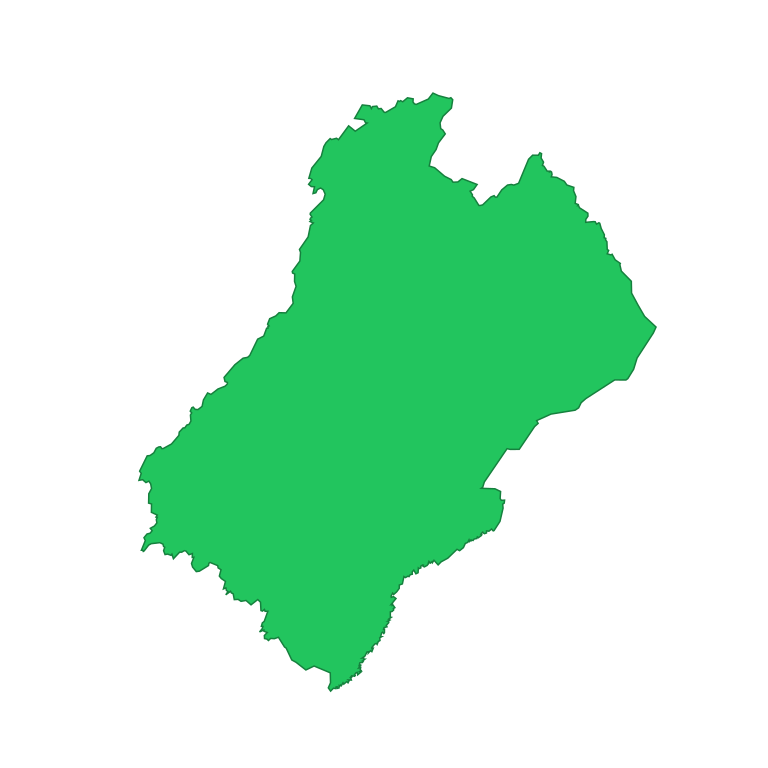 outline of Liezēres pag., Madona, Latvia, rotated 127°
{"feature_id": "27541924B78156453771197", "entity_name": "Liezēres pag.", "entity_type": "district", "adm_level": 2, "iso_a3": "LVA", "parent_name": "Latvia", "parent_adm1": "Madona", "projection": "equal_earth", "projection_center": [26.079, 57.016], "detail": "fine", "context": "isolated", "style": "filled", "palette": "green", "viewbox_px": 768, "rotation_deg": 127, "n_neighbors": 0, "source": "geoboundaries", "source_scale": "gbopen_adm2", "svg_char_len": 6171}
<svg xmlns="http://www.w3.org/2000/svg" viewBox="0 0 768 768"><g transform="rotate(127 384 384)"><path d="M115.1,502.9L116.8,503.9L120.9,514.0L122.2,520.0L129.8,520.1L141.3,526.5L142.0,528.3L141.3,530.6L138.7,532.3L141.3,537.5L147.3,538.9L147.7,541.3L149.0,541.7L149.4,543.2L155.7,541.7L166.1,546.1L166.9,547.3L165.7,552.1L167.6,554.1L166.4,557.0L169.4,560.2L171.6,559.8L170.3,562.7L174.2,569.3L189.6,567.3L185.0,559.0L186.4,556.1L185.7,554.5L199.4,559.1L199.1,567.6L216.3,567.4L216.3,569.8L220.3,573.0L220.4,574.7L226.1,575.5L230.5,575.0L240.0,571.1L255.0,571.6L265.0,567.8L264.0,566.3L264.1,564.4L269.9,564.4L270.1,560.9L268.3,558.2L274.6,555.3L272.3,553.5L268.8,554.2L265.6,552.6L265.4,549.4L267.8,545.2L273.3,543.1L291.8,545.7L292.9,545.1L294.0,542.0L295.8,542.5L297.1,542.1L297.0,540.5L298.8,540.9L297.9,537.4L301.7,538.1L312.2,533.1L327.4,532.5L329.1,529.9L336.4,525.2L349.3,525.0L350.4,523.8L349.9,521.5L355.9,517.2L358.9,513.0L369.6,509.6L374.2,505.1L386.2,505.1L390.2,510.7L394.8,511.4L400.6,514.6L406.3,513.0L406.8,510.8L407.8,511.4L409.2,510.3L410.1,511.3L418.1,508.9L424.2,511.9L442.0,508.4L444.8,509.0L448.2,512.1L458.3,514.7L475.0,515.7L477.7,512.5L477.0,510.0L478.3,509.1L481.4,509.6L487.9,513.6L496.4,515.9L497.3,519.5L505.4,518.6L511.4,515.8L516.4,517.2L517.9,519.5L517.3,522.5L518.6,523.2L522.3,522.4L522.8,520.2L525.3,519.9L529.8,515.9L533.5,515.4L535.5,516.8L538.9,516.7L540.0,518.0L545.6,518.6L548.5,516.9L559.8,517.6L568.4,521.5L569.3,522.5L568.6,524.7L569.8,526.0L572.4,527.2L577.4,526.4L581.9,527.8L583.9,529.9L600.7,526.7L601.5,524.1L608.4,521.7L605.7,519.2L606.0,514.8L603.1,513.3L604.2,510.2L607.4,506.7L613.2,505.8L620.8,500.3L619.7,497.5L626.5,492.5L625.1,486.2L627.5,486.0L626.9,484.8L629.4,484.2L631.6,481.8L635.6,481.9L639.9,483.8L640.7,480.9L643.9,481.0L646.4,483.0L651.2,483.2L652.7,480.4L662.8,477.7L662.0,476.6L662.6,475.5L661.6,475.1L654.3,475.0L651.6,473.8L645.6,467.5L644.9,464.1L646.4,462.3L646.3,460.9L649.8,459.7L652.0,456.2L650.1,454.5L649.0,451.0L647.5,451.0L650.3,447.0L641.3,446.0L640.0,444.3L637.3,443.2L636.6,441.7L637.7,437.0L634.7,435.0L637.9,432.8L636.8,431.6L643.2,429.7L645.4,426.7L646.8,421.0L644.6,418.8L634.6,414.9L632.6,416.0L631.2,415.5L629.1,407.5L630.7,405.8L630.4,402.4L636.5,399.9L637.3,396.9L637.1,391.8L644.3,388.9L642.0,387.6L643.7,385.6L643.6,383.7L647.6,383.5L641.9,381.8L642.7,380.2L642.3,378.2L646.3,373.8L643.8,370.9L643.6,367.4L639.9,363.9L640.4,357.3L632.1,355.1L632.6,351.3L639.0,345.9L638.5,344.4L636.0,343.8L637.1,342.2L635.4,340.0L645.7,336.8L648.0,337.4L651.3,336.1L650.5,334.8L652.8,334.0L656.9,334.2L652.8,331.9L653.7,331.1L652.7,327.7L656.9,328.2L659.2,326.2L658.2,324.1L658.4,321.9L655.4,321.4L653.4,318.3L649.8,315.9L653.9,305.2L653.8,303.2L659.9,291.6L659.2,286.9L659.4,274.3L651.3,270.1L647.0,253.1L654.8,246.9L660.2,245.6L661.4,241.8L657.4,241.3L656.4,239.4L654.7,240.0L654.0,239.2L655.3,238.2L653.8,237.0L651.8,238.3L651.8,237.5L650.6,237.6L650.7,236.5L647.3,236.9L647.9,235.5L644.0,234.6L644.3,232.9L641.9,233.3L641.8,234.4L640.1,231.9L639.0,233.4L637.6,233.4L638.3,234.2L636.4,234.2L635.1,231.6L634.1,231.5L633.9,232.6L631.3,232.5L630.4,231.8L632.1,230.0L627.6,229.0L628.3,230.4L626.6,229.8L626.4,231.1L624.5,232.0L626.1,233.3L623.2,233.3L624.7,234.6L622.6,233.8L622.6,235.0L621.1,235.5L619.4,233.6L617.9,233.7L618.1,234.5L615.3,233.7L616.0,234.7L615.0,235.4L616.0,236.5L612.8,235.5L608.2,236.3L607.1,235.2L608.2,234.6L605.2,234.3L605.1,232.6L601.5,233.6L602.6,234.5L601.9,235.1L597.2,234.9L595.7,233.8L596.1,232.8L593.1,233.6L591.3,232.8L589.3,234.7L587.2,233.8L587.8,234.7L584.0,236.1L583.0,235.8L583.4,234.0L582.3,234.0L579.6,236.0L580.3,236.7L578.5,237.4L576.1,235.5L575.4,236.9L571.7,236.6L570.7,237.5L571.1,238.2L568.9,237.2L569.1,238.8L566.0,237.8L566.4,238.6L562.2,241.8L560.7,240.6L558.6,240.3L557.7,241.4L556.1,240.7L555.1,243.7L555.9,244.2L554.8,244.8L555.8,245.6L548.1,245.3L548.1,248.5L550.0,249.8L549.1,250.7L545.8,251.2L546.3,249.6L542.4,248.8L538.1,248.8L535.3,250.8L532.6,249.0L525.8,252.2L525.7,250.4L523.0,249.2L522.8,248.1L520.5,248.3L518.9,246.9L517.1,248.4L514.7,248.2L516.4,244.3L514.2,243.2L510.3,245.8L510.4,244.9L508.7,243.9L507.4,245.0L505.3,244.3L504.9,243.5L506.1,243.0L505.8,241.7L503.0,240.4L499.8,240.3L500.1,240.9L498.6,241.4L499.0,239.1L497.0,238.8L497.6,237.8L494.7,238.0L495.9,231.9L491.5,231.3L484.7,228.2L472.1,226.2L471.6,223.3L466.9,222.1L462.4,223.1L460.1,221.8L457.4,222.3L458.3,221.1L456.8,221.1L457.0,220.1L455.9,220.1L455.4,218.7L453.5,218.7L451.6,216.9L450.0,217.4L450.1,216.2L446.3,215.0L445.4,215.3L445.7,216.2L442.3,216.1L443.2,215.7L443.1,213.7L441.3,212.5L439.6,213.7L438.4,211.6L435.1,210.8L435.6,208.4L434.8,207.9L423.9,208.7L411.5,214.2L408.5,216.9L406.8,216.3L404.2,217.8L406.3,220.3L405.6,222.3L399.7,226.2L400.9,232.3L408.8,243.6L406.8,243.1L401.9,244.9L361.6,246.8L360.3,243.9L354.8,236.7L327.4,238.1L322.7,237.2L321.4,240.1L307.5,232.5L289.9,215.6L285.9,214.2L280.3,215.3L274.1,214.0L241.9,202.2L235.2,193.2L233.0,192.5L222.0,193.5L211.0,197.5L181.2,199.6L174.8,201.0L173.2,216.5L168.1,228.6L162.4,241.0L153.1,248.3L151.0,262.4L146.7,267.5L145.5,267.8L145.7,274.1L143.1,279.9L144.3,280.4L145.7,284.1L142.1,285.0L142.2,286.7L136.2,291.6L135.7,293.6L134.2,294.5L134.7,296.2L132.2,297.8L129.1,304.1L125.8,308.4L125.9,309.4L128.4,310.5L127.3,313.0L128.2,314.4L133.5,320.2L131.1,321.9L127.2,322.1L124.9,324.0L125.6,333.9L124.4,336.1L125.0,336.7L123.8,336.9L124.7,340.0L118.8,343.5L115.6,348.9L112.7,350.7L115.0,357.7L113.6,362.0L115.0,370.3L117.9,375.1L115.5,375.9L113.9,377.7L113.8,378.9L115.0,379.5L114.4,379.9L115.8,381.8L113.8,387.3L114.1,389.0L110.8,390.1L109.0,394.5L105.2,396.8L105.5,398.7L108.4,398.4L111.8,403.0L117.5,403.8L142.7,397.3L147.0,400.0L148.0,402.4L150.8,405.1L158.1,406.8L166.8,406.3L167.8,407.6L167.3,409.4L170.3,411.2L181.6,413.0L183.5,414.6L184.3,415.7L181.1,424.0L181.0,426.4L179.6,427.3L178.2,431.3L174.9,429.5L168.6,429.7L173.0,445.3L178.2,446.6L181.3,450.3L180.3,453.4L181.6,460.6L180.8,473.7L182.7,479.1L173.9,483.1L165.4,483.5L158.6,485.6L147.4,485.6L145.8,489.9L145.9,492.4L141.7,496.4L134.7,498.0L123.1,496.2L115.6,500.2L115.1,502.9Z" fill="#22c55e" stroke="#15803d" stroke-width="1.5"/></g></svg>